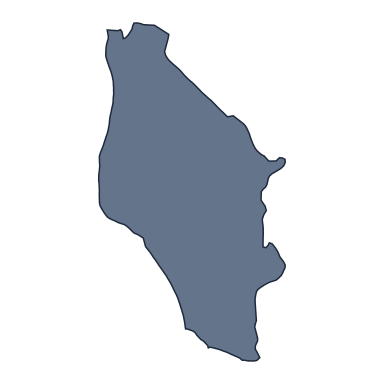 Aslam, Hajjah, Yemen
{"feature_id": "15242507B36700459789736", "entity_name": "Aslam", "entity_type": "district", "adm_level": 2, "iso_a3": "YEM", "parent_name": "Yemen", "parent_adm1": "Hajjah", "projection": "albers", "projection_center": [43.295, 16.059], "detail": "fine", "context": "isolated", "style": "filled", "palette": "slate", "viewbox_px": 384, "rotation_deg": 0, "n_neighbors": 0, "source": "geoboundaries", "source_scale": "gbopen_adm2", "svg_char_len": 3649}
<svg xmlns="http://www.w3.org/2000/svg" viewBox="0 0 384 384"><path d="M185.6,329.0L186.5,328.8L189.6,329.8L192.6,330.9L195.1,332.5L196.7,335.0L198.9,337.4L201.0,339.6L203.5,341.1L205.5,343.2L207.6,345.5L208.3,347.9L209.9,347.2L212.9,347.7L216.0,348.6L218.8,349.3L221.5,350.3L224.2,351.3L225.9,351.9L227.4,352.5L230.2,353.8L230.7,354.1L233.7,355.4L236.8,356.7L239.8,358.1L242.1,360.2L243.3,360.2L245.1,360.3L248.1,360.9L250.6,360.9L251.0,360.9L253.9,361.0L256.9,360.4L259.8,357.7L258.3,354.7L256.9,351.8L255.4,349.5L255.3,346.2L256.3,343.6L257.6,341.0L257.6,338.1L254.7,326.9L255.5,323.3L256.4,320.6L255.7,310.8L255.4,306.2L255.1,301.7L255.1,298.8L255.5,296.1L256.1,293.0L256.6,291.6L257.2,290.3L259.4,288.3L261.8,286.6L264.1,285.1L267.0,283.5L270.2,281.9L270.8,281.8L273.0,281.1L275.9,280.2L278.5,278.3L279.7,276.9L281.0,275.9L282.5,273.3L283.7,270.5L285.0,267.9L285.2,265.0L283.7,262.0L281.8,259.3L279.9,256.9L279.0,254.7L278.8,254.1L277.5,251.3L275.9,248.7L274.0,246.1L272.1,243.8L269.3,242.8L268.0,245.5L266.0,247.7L263.0,246.9L263.1,237.4L263.3,234.5L263.2,231.6L263.2,228.7L263.0,225.5L262.5,222.2L262.3,219.1L262.9,217.4L263.9,214.5L266.3,210.6L266.0,209.4L265.2,206.3L261.1,200.3L261.1,197.4L261.2,194.5L261.4,191.5L263.3,189.1L265.6,187.1L266.4,185.5L266.9,184.6L267.6,181.7L268.2,178.8L269.4,176.1L271.8,173.9L274.3,172.4L277.1,170.8L279.5,169.3L281.9,167.6L283.9,165.5L285.3,162.2L285.0,159.3L282.4,158.0L281.4,157.9L279.4,157.7L276.1,161.0L268.8,161.1L264.2,156.0L261.7,154.8L259.3,152.9L257.2,150.9L255.4,148.7L253.9,145.9L252.6,143.2L251.5,140.2L250.4,137.3L249.4,134.0L248.2,131.3L246.8,128.2L245.5,126.1L245.1,125.5L242.9,123.3L233.2,115.8L227.5,116.8L227.0,116.3L224.8,114.2L222.7,112.1L220.3,109.9L218.0,107.6L215.9,105.4L213.2,102.6L210.7,100.1L208.3,98.2L207.6,97.5L205.4,95.5L202.5,93.0L199.7,90.0L197.4,87.7L195.0,85.2L192.3,82.6L190.0,80.7L189.6,80.4L187.3,78.2L185.0,75.9L182.9,73.6L181.0,71.3L178.7,69.0L176.1,66.7L173.4,64.4L171.2,62.4L168.8,60.2L167.0,57.7L165.4,54.8L164.6,51.4L165.4,48.7L166.2,45.6L167.1,42.3L167.9,39.3L168.6,35.8L168.8,34.4L154.5,25.3L143.5,24.7L140.6,23.6L137.3,23.0L134.0,23.1L132.7,25.9L132.0,29.1L130.5,31.6L128.0,35.4L125.3,38.0L123.4,38.6L121.9,31.7L120.5,29.7L117.7,30.7L107.2,30.0L108.2,35.6L108.3,38.6L107.4,41.3L106.6,44.4L106.1,47.5L105.9,50.6L105.8,53.5L105.9,56.7L106.8,59.9L108.0,63.3L108.9,66.1L109.9,68.8L111.0,71.7L112.0,75.1L112.7,78.5L113.3,81.6L113.3,82.3L113.4,84.8L113.6,87.7L113.6,91.2L113.7,94.2L113.3,97.2L113.2,100.0L113.0,102.9L112.4,106.0L111.6,109.4L111.1,112.2L110.4,115.1L109.8,118.2L109.5,121.1L109.2,124.5L108.6,127.7L108.0,130.8L107.1,134.1L105.9,137.2L105.0,140.2L103.9,143.5L103.7,144.3L102.6,147.4L101.4,150.3L100.2,153.4L99.4,156.3L99.4,159.2L99.5,162.5L99.8,165.5L99.5,168.6L99.2,171.7L98.8,174.7L98.7,177.8L98.7,180.7L99.1,183.7L99.2,185.8L99.2,187.0L99.4,190.1L99.3,193.1L99.3,195.0L99.3,196.7L99.4,199.9L99.5,202.9L100.1,205.7L101.6,208.6L103.2,211.2L105.0,214.0L105.3,214.4L107.2,216.8L109.6,218.6L112.4,219.8L115.1,221.0L118.1,222.5L120.3,223.3L120.9,223.5L123.9,224.4L126.6,226.0L129.0,228.1L131.5,230.6L134.0,233.0L138.0,234.7L143.3,238.1L145.6,246.7L147.7,249.3L150.0,252.2L152.0,255.1L153.5,257.5L154.4,258.6L154.5,258.9L155.3,259.8L156.5,261.7L157.0,262.3L158.5,264.7L160.4,267.4L162.6,270.5L164.3,273.0L165.4,274.5L166.2,275.6L167.7,278.3L169.4,281.1L170.9,283.7L172.2,286.3L173.7,289.4L175.0,292.1L176.4,294.8L177.5,297.4L178.6,300.4L179.4,303.0L179.6,303.3L180.5,306.3L181.4,309.2L181.6,309.7L182.3,312.2L183.2,314.9L183.8,317.9L184.3,320.5L184.4,321.1L184.9,323.9L185.2,326.8L185.6,329.0Z" fill="#64748b" stroke="#1e293b" stroke-width="1.5"/></svg>